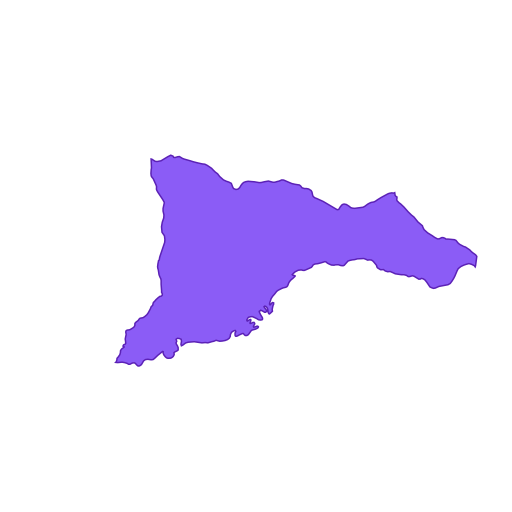 Güepsa, Santander, Colombia (Natural Earth projection), rotated 233°
{"feature_id": "7082276B24684560150215", "entity_name": "Güepsa", "entity_type": "district", "adm_level": 2, "iso_a3": "COL", "parent_name": "Colombia", "parent_adm1": "Santander", "projection": "natural_earth1", "projection_center": [-73.583, 6.036], "detail": "fine", "context": "isolated", "style": "filled", "palette": "violet", "viewbox_px": 512, "rotation_deg": 233, "n_neighbors": 0, "source": "geoboundaries", "source_scale": "gbopen_adm2", "svg_char_len": 6122}
<svg xmlns="http://www.w3.org/2000/svg" viewBox="0 0 512 512"><g transform="rotate(233 256 256)"><path d="M396.6,230.6L389.2,225.5L388.1,224.3L385.2,221.8L383.2,220.6L382.2,220.3L379.5,220.4L372.8,218.9L371.2,218.3L369.3,216.7L368.1,216.3L366.0,216.0L357.4,215.5L354.4,215.1L353.6,214.7L349.9,210.4L347.8,208.8L344.2,207.2L341.9,205.2L339.4,201.5L336.3,198.2L331.5,195.2L328.7,195.1L327.2,195.0L323.9,193.1L321.8,191.2L313.6,179.2L312.6,177.9L311.1,176.4L311.1,176.2L310.8,175.1L310.1,174.5L308.9,173.1L306.6,170.9L305.3,170.2L303.7,169.6L299.4,167.3L297.4,166.7L294.9,166.2L293.4,165.4L290.5,163.2L284.6,159.4L284.0,158.8L282.1,158.4L281.1,157.5L281.0,156.9L281.0,155.9L281.6,155.0L281.6,152.9L281.3,149.7L280.8,147.6L280.7,146.4L280.4,145.7L278.8,143.8L278.6,141.8L277.3,139.7L275.5,135.8L274.8,133.6L274.6,131.1L274.7,128.8L275.0,128.1L276.0,126.1L276.1,125.6L276.0,124.9L275.4,123.0L275.4,120.3L275.2,119.2L274.9,118.6L273.5,117.5L272.9,116.4L272.7,115.6L272.7,114.0L273.0,111.2L273.5,109.9L273.9,109.4L274.4,108.3L274.5,107.5L274.3,106.9L273.8,106.4L273.1,105.9L271.8,105.3L271.1,104.7L270.3,103.7L268.4,101.6L265.6,100.0L264.5,99.2L264.4,98.8L264.4,97.9L264.7,97.1L264.7,96.8L264.4,96.0L263.9,95.5L262.9,96.0L262.6,95.8L262.6,92.9L262.2,91.4L261.9,90.8L261.4,90.3L261.0,90.2L259.6,88.5L259.0,87.6L258.8,86.7L258.3,85.5L258.2,84.5L257.9,83.4L256.8,82.4L255.7,80.9L255.5,79.9L254.1,81.4L251.8,85.2L249.7,87.1L247.9,88.4L246.2,89.1L245.4,90.2L245.1,92.1L244.7,93.4L243.7,94.7L242.8,95.0L240.6,95.2L239.1,95.6L238.3,96.9L238.2,99.1L239.9,103.2L239.8,105.4L238.6,107.5L236.7,109.3L235.8,110.4L235.2,111.7L235.3,113.7L235.8,117.9L236.0,123.9L235.5,124.3L234.3,123.4L232.6,122.9L230.1,122.9L228.4,123.3L227.3,124.1L225.7,126.5L225.5,128.1L225.6,129.4L226.4,131.2L228.2,132.4L228.2,133.5L227.7,136.1L227.8,137.3L229.7,138.7L231.6,139.2L233.7,139.4L234.8,139.9L235.6,141.4L237.6,142.0L237.6,143.6L236.4,145.0L234.5,146.1L232.8,145.2L230.6,142.9L229.2,142.4L228.9,143.9L228.9,147.5L228.0,149.9L224.7,155.1L219.2,160.5L217.4,163.4L215.6,165.3L214.1,169.3L213.3,171.0L212.7,173.4L209.8,175.7L208.4,177.9L207.1,180.5L206.4,183.0L206.4,185.1L207.3,187.1L208.4,188.0L209.3,189.4L209.8,190.8L209.7,192.7L209.3,194.2L208.9,194.7L207.8,194.4L207.1,192.9L205.3,191.6L204.7,191.4L204.1,191.5L203.5,192.4L203.2,193.8L203.0,195.3L202.3,198.4L201.7,199.2L200.0,199.3L199.1,199.5L198.5,200.1L198.0,200.9L197.8,202.5L197.9,202.9L199.3,207.4L199.1,208.5L197.9,211.5L197.5,213.5L197.5,214.4L197.7,215.0L198.2,215.4L199.1,215.0L199.5,214.3L200.2,211.9L200.6,211.3L201.1,211.4L201.6,212.0L202.4,213.9L202.9,214.4L204.1,214.5L204.8,213.6L205.2,211.6L205.6,210.8L206.1,210.8L207.4,212.9L208.2,213.5L208.5,213.5L208.9,213.1L209.0,212.4L209.1,210.7L209.3,209.9L209.7,209.8L210.5,210.2L211.4,212.3L211.6,213.0L210.9,214.8L210.0,216.4L208.8,217.2L205.4,219.0L204.4,219.3L203.4,219.8L202.1,221.1L201.4,222.5L201.6,223.2L202.4,223.8L203.6,224.1L206.1,224.3L209.1,224.9L209.9,225.3L209.9,225.8L209.6,226.7L209.8,227.2L208.6,227.9L205.9,229.0L205.3,229.8L205.3,230.9L205.9,231.6L207.2,231.8L209.8,231.7L210.7,231.9L210.7,232.8L209.9,233.5L208.2,233.8L206.5,233.4L204.0,231.9L202.3,231.5L201.6,231.9L201.8,234.5L202.0,235.9L203.6,236.8L204.7,238.0L206.3,239.9L206.9,241.1L208.0,241.9L208.9,241.2L208.9,239.8L208.5,238.7L208.5,237.8L209.4,237.8L210.5,238.9L211.4,240.4L212.8,242.3L213.8,244.9L214.4,247.9L215.3,251.2L215.3,253.2L214.6,257.0L214.2,258.5L213.1,261.0L212.9,262.2L213.2,263.4L215.0,266.3L215.6,268.3L215.9,270.0L215.9,271.6L216.3,275.0L216.8,275.3L218.6,273.8L219.3,273.7L219.5,274.7L219.7,276.3L219.8,277.7L219.2,281.2L217.7,283.7L216.1,285.0L215.4,286.0L215.0,287.3L213.6,293.4L213.9,294.8L214.4,295.9L214.4,297.2L214.0,298.5L212.7,300.7L211.4,303.8L210.0,307.7L209.0,308.4L207.4,308.7L205.7,309.5L203.4,310.8L201.7,312.8L201.1,314.2L199.5,316.5L197.2,318.1L195.8,319.7L195.5,320.9L196.6,326.4L196.0,328.3L195.0,330.5L193.7,332.7L192.8,335.1L189.1,340.6L187.2,341.8L185.6,342.6L184.5,344.5L183.2,345.8L181.3,346.4L177.5,346.6L175.8,346.6L174.6,346.0L173.4,345.9L170.1,347.2L169.3,348.3L168.5,349.6L166.3,350.2L164.2,351.7L162.9,353.8L160.1,355.4L158.0,356.5L153.7,360.7L151.9,363.0L150.0,364.5L147.9,365.2L147.1,366.3L146.1,369.0L144.8,370.0L139.5,372.1L138.7,373.3L138.6,374.5L137.3,375.7L135.3,376.5L132.3,376.6L126.6,376.3L124.9,377.2L123.4,378.2L122.5,379.9L121.6,383.8L117.5,392.1L117.2,394.6L118.0,397.4L119.1,400.3L120.2,402.6L123.1,407.6L124.2,409.9L124.3,413.2L123.7,416.3L122.9,418.8L121.8,421.5L119.7,423.1L117.0,424.5L115.4,424.5L116.1,425.5L122.8,432.1L124.8,432.1L128.3,431.0L130.1,430.6L132.1,430.4L137.1,428.7L138.6,427.6L142.9,425.6L144.9,425.2L148.1,425.1L149.6,424.3L153.8,419.7L155.2,417.9L156.6,417.5L158.2,416.4L158.9,415.4L159.5,412.5L160.5,411.2L163.3,409.9L166.1,409.0L171.2,407.0L175.9,406.1L178.6,406.6L180.0,407.1L185.8,405.8L192.1,405.6L195.1,404.8L199.6,404.1L206.1,403.6L210.8,402.8L212.2,402.3L215.3,401.9L216.3,402.3L217.3,403.3L218.3,404.1L219.6,403.6L220.7,403.6L223.1,404.9L223.3,403.9L224.8,402.3L225.9,400.0L226.3,398.6L227.4,391.2L227.8,387.0L227.9,384.2L228.3,382.5L229.5,380.2L229.9,378.5L230.2,376.4L230.2,372.8L230.5,370.9L234.6,363.6L236.1,361.9L237.6,360.8L239.4,360.4L242.7,359.2L244.3,357.8L244.9,356.8L245.1,355.3L244.5,352.8L243.4,350.1L244.1,348.7L259.1,342.5L265.0,339.3L267.1,338.0L269.1,337.5L270.4,337.8L273.4,339.2L275.1,339.4L277.8,338.4L279.5,336.9L280.7,335.3L282.8,333.8L285.0,333.8L286.6,333.4L289.7,330.4L292.3,328.2L300.0,323.8L301.3,322.3L301.9,319.6L302.8,317.6L303.5,315.6L304.6,314.0L308.4,311.0L310.2,307.5L311.6,304.3L312.7,302.7L316.2,299.4L320.4,294.7L321.5,292.6L322.1,290.7L322.1,288.9L321.5,286.7L320.4,284.0L320.3,281.7L321.2,280.0L323.3,278.7L324.7,278.8L328.9,280.0L331.2,278.9L333.7,277.2L336.4,275.8L341.4,274.8L344.8,274.8L347.4,274.0L350.0,273.6L352.8,273.3L357.7,271.6L360.1,270.4L361.9,268.5L365.4,265.5L368.9,262.7L371.7,260.7L376.6,257.0L378.2,256.0L381.5,254.7L382.4,253.2L383.3,250.7L384.3,249.6L385.7,249.8L387.8,248.6L388.4,245.2L389.2,237.4L391.0,233.8L392.4,232.4L396.0,231.1L396.6,230.6Z" fill="#8b5cf6" stroke="#5b21b6" stroke-width="1.5"/></g></svg>